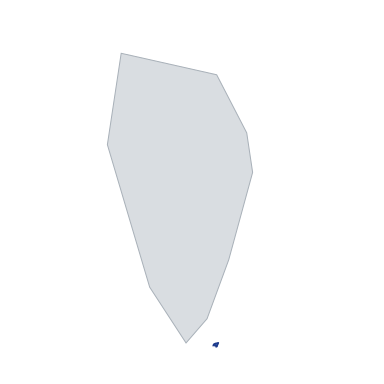 Cap Estate/Upper Saline Point, Saint Lucia shown in context, rotated 161°
{"feature_id": "8701671B39792436227120", "entity_name": "Cap Estate/Upper Saline Point", "entity_type": "district", "adm_level": 2, "iso_a3": "LCA", "parent_name": "Saint Lucia", "parent_adm1": "", "projection": "mercator", "projection_center": [-60.944, 14.108], "detail": "fine", "context": "in_parent", "style": "filled", "palette": "blue", "viewbox_px": 384, "rotation_deg": 161, "n_neighbors": 0, "source": "geoboundaries", "source_scale": "gbopen_adm2", "svg_char_len": 1110}
<svg xmlns="http://www.w3.org/2000/svg" viewBox="0 0 384 384"><g transform="rotate(161 192 192)"><path d="M256.6,264.3L213.8,346.2L130.5,294.8L121.0,230.1L128.3,190.8L179.3,116.0L219.0,67.3L246.8,51.2L263.0,115.8L256.6,264.3Z" fill="#d9dde1" stroke="#a8b0b8" stroke-width="1"/><path d="M221.5,40.2L221.4,40.2L221.2,40.2L220.9,40.0L221.0,40.0L221.0,39.9L220.9,40.0L220.8,39.9L220.7,39.9L220.4,39.9L220.2,39.8L219.9,39.7L219.7,39.6L219.4,39.5L219.4,39.4L219.5,39.4L219.6,39.2L219.4,39.1L219.3,38.9L219.2,38.9L219.2,38.7L219.3,38.6L219.2,38.5L219.2,38.4L219.1,38.5L219.0,38.4L219.0,38.2L218.9,38.2L219.0,38.1L218.9,38.1L218.9,37.9L219.0,37.9L218.9,37.8L218.7,37.8L218.6,38.0L218.4,38.1L218.3,38.3L218.2,38.4L218.2,38.5L218.2,38.8L218.0,39.0L217.9,39.1L217.8,39.3L217.7,39.3L217.5,39.5L217.4,39.4L217.3,39.5L217.2,39.7L217.0,39.8L216.9,39.9L216.8,40.0L216.7,40.1L216.5,40.3L216.5,40.5L216.4,40.6L216.3,40.8L217.0,41.0L217.3,41.0L217.5,41.0L217.8,41.0L218.3,41.1L218.7,41.2L219.7,41.2L220.4,41.1L221.1,40.9L221.4,40.6L221.4,40.3L221.5,40.2L221.5,40.2Z" fill="#3b82f6" stroke="#1e3a8a" stroke-width="1.5"/></g></svg>